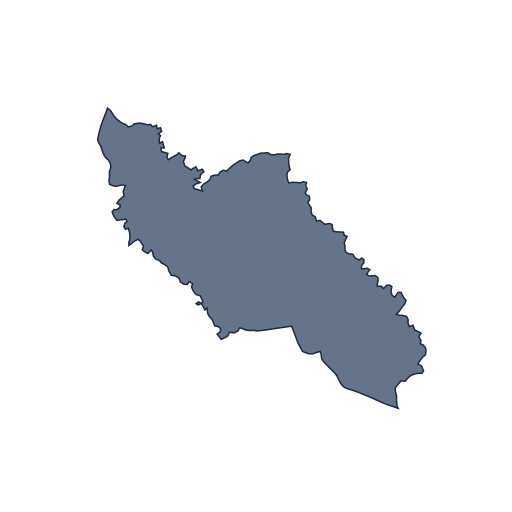 Ponte Serrada, Santa Catarina, Brazil (orthographic projection), rotated 235°
{"feature_id": "56859067B50820968764736", "entity_name": "Ponte Serrada", "entity_type": "district", "adm_level": 2, "iso_a3": "BRA", "parent_name": "Brazil", "parent_adm1": "Santa Catarina", "projection": "orthographic", "projection_center": [-51.91, -26.858], "detail": "fine", "context": "isolated", "style": "filled", "palette": "slate", "viewbox_px": 512, "rotation_deg": 235, "n_neighbors": 0, "source": "geoboundaries", "source_scale": "gbopen_adm2", "svg_char_len": 4408}
<svg xmlns="http://www.w3.org/2000/svg" viewBox="0 0 512 512"><g transform="rotate(235 256 256)"><path d="M374.7,163.5L371.9,162.7L368.7,162.4L365.1,162.4L363.1,166.1L360.7,170.6L358.2,170.0L358.1,167.3L355.6,164.5L352.8,164.3L352.0,167.3L348.0,166.0L344.7,164.2L342.0,162.2L340.1,159.7L337.5,157.9L337.6,161.3L337.9,165.4L337.3,169.0L334.2,169.7L331.3,169.6L328.5,169.5L326.4,166.4L323.4,167.1L320.1,168.8L320.9,173.6L318.1,173.5L315.0,171.9L311.4,171.9L307.5,174.3L304.2,174.6L301.6,176.2L297.9,177.5L294.0,176.1L288.9,175.5L285.9,178.6L281.7,180.3L278.0,179.1L274.3,180.7L272.1,183.4L273.5,186.6L269.5,188.2L268.0,185.6L265.0,184.8L262.5,184.5L258.8,184.8L255.3,187.6L252.5,186.9L249.5,186.7L248.5,183.9L244.4,183.7L241.1,183.1L241.6,186.1L239.3,184.9L236.4,183.4L232.8,183.1L229.0,183.6L225.8,182.8L222.4,182.1L219.8,184.5L217.0,185.4L214.5,183.4L214.2,179.3L211.0,179.5L207.7,179.6L207.0,183.3L206.7,186.9L208.8,190.5L205.5,194.0L204.9,198.2L206.5,201.4L203.9,203.6L200.8,205.5L198.4,208.3L196.3,211.6L194.1,213.7L191.4,218.6L189.0,223.1L187.0,227.3L178.1,244.9L170.6,243.1L159.7,240.3L151.2,239.4L148.6,241.0L145.8,243.0L143.3,246.5L142.1,250.6L141.0,253.8L138.0,252.9L134.0,250.8L130.2,250.8L126.8,251.4L123.1,252.0L120.3,252.4L117.5,252.9L114.3,253.4L111.3,253.5L108.9,253.1L102.4,252.2L98.0,252.9L94.2,255.2L91.7,257.3L87.4,260.4L77.8,266.7L63.0,275.7L58.7,278.5L49.7,285.1L52.4,285.5L54.5,286.8L57.3,288.5L60.5,290.7L64.6,292.3L68.1,294.4L69.2,297.7L70.5,303.0L67.9,306.4L68.9,310.1L69.3,314.3L68.3,318.5L66.8,321.8L64.7,324.5L65.7,327.3L68.2,327.9L71.0,328.5L74.6,326.6L76.3,330.5L77.6,334.7L77.8,338.1L81.1,341.1L83.8,342.3L87.4,341.8L89.9,340.3L92.3,342.7L96.5,343.0L98.1,346.9L101.6,345.2L104.3,343.6L106.9,344.3L109.3,344.9L110.2,341.2L113.9,342.1L116.6,344.1L120.2,344.6L123.3,341.9L125.1,339.5L127.7,337.4L128.5,341.6L130.1,345.5L131.3,350.1L133.5,353.4L137.1,353.2L140.2,353.4L143.0,354.1L144.7,351.4L143.6,348.7L142.8,346.0L145.9,345.0L149.6,346.3L153.1,349.8L155.8,348.5L157.1,346.1L156.2,341.8L159.3,341.4L161.6,338.0L164.0,339.6L165.6,341.8L168.5,343.5L171.6,342.4L173.3,339.5L174.8,337.2L177.5,336.1L178.6,338.6L179.5,341.4L182.3,340.0L183.5,337.3L184.9,335.1L187.5,336.9L188.8,340.6L190.8,342.2L193.6,341.7L193.6,338.2L197.2,336.1L201.9,336.3L204.4,333.5L207.2,331.8L210.2,332.5L213.1,334.6L216.4,336.0L218.1,338.8L219.7,341.8L222.5,340.2L225.4,341.3L227.7,338.3L229.9,335.5L232.0,333.7L234.8,334.6L238.2,336.4L240.5,334.9L242.4,330.7L246.2,329.4L248.5,328.8L249.8,325.6L254.1,327.0L257.6,325.5L260.5,326.5L264.0,328.9L267.3,328.9L270.4,329.4L271.1,332.2L274.3,334.0L276.4,332.7L279.3,332.3L281.6,336.5L285.0,336.9L287.3,339.6L289.7,337.1L290.8,333.7L292.6,331.9L295.1,328.7L297.2,324.7L301.1,325.9L303.9,327.3L306.4,329.4L307.3,333.7L309.7,334.3L313.4,336.1L317.4,338.7L319.6,342.3L322.5,339.7L323.3,337.0L325.5,334.5L327.3,332.0L328.2,329.3L330.7,326.2L333.9,324.9L335.3,322.4L337.5,318.9L338.5,315.4L339.4,312.4L339.6,308.9L337.6,305.9L336.9,302.8L339.3,301.6L341.9,300.6L343.4,297.1L343.5,292.3L343.4,286.9L342.4,280.8L344.9,278.5L345.4,274.9L344.0,271.5L345.9,268.7L347.1,265.0L345.2,262.2L344.7,258.5L345.0,253.9L343.8,250.6L339.9,249.4L343.7,246.5L346.4,244.2L349.6,244.5L349.4,248.4L348.1,252.5L351.0,251.2L354.2,249.6L353.4,252.1L351.6,254.4L354.4,257.2L355.0,261.7L357.9,261.8L359.1,257.3L363.5,257.9L363.9,254.8L363.9,252.0L367.3,250.9L370.5,249.3L375.2,250.8L376.6,253.6L378.4,255.5L381.0,252.8L384.9,252.0L384.3,249.3L385.0,244.2L385.2,239.4L388.0,239.7L390.6,242.7L393.5,240.3L395.8,238.5L398.9,240.1L397.2,242.9L400.0,243.8L403.3,245.0L403.6,241.5L407.4,243.8L409.5,246.8L412.2,246.1L412.2,250.2L415.9,251.3L416.9,248.0L420.2,249.5L421.3,245.3L424.2,245.2L425.6,242.6L428.7,239.8L431.3,237.4L432.9,234.6L434.1,231.8L433.6,228.9L435.1,225.3L438.3,224.8L440.4,223.2L443.5,221.8L447.1,220.7L451.5,220.0L454.9,220.1L458.6,220.3L462.3,219.2L451.8,203.9L446.2,197.3L443.9,194.9L442.1,192.9L439.0,192.1L435.4,191.9L431.5,190.7L427.4,189.6L423.2,189.2L419.3,190.1L415.7,189.8L413.4,188.9L411.3,187.4L409.5,184.6L407.0,182.8L404.9,181.4L401.7,178.6L398.6,177.1L395.7,179.1L393.4,181.1L392.4,183.8L391.2,186.8L388.8,189.2L386.6,186.6L384.7,183.9L381.2,182.8L380.5,179.0L380.4,176.0L379.1,172.3L375.4,174.0L373.7,172.0L373.9,168.5L375.5,166.3L374.7,163.5ZM248.5,183.9L251.3,182.7L251.3,179.5L249.0,180.7L248.5,183.9Z" fill="#64748b" stroke="#1e293b" stroke-width="1.5"/></g></svg>